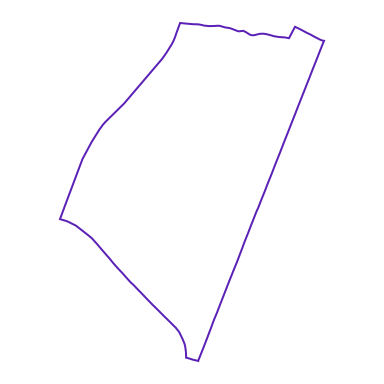 Dusit, Bangkok Metropolis, Thailand
{"feature_id": "78962969B42559616125747", "entity_name": "Dusit", "entity_type": "district", "adm_level": 2, "iso_a3": "THA", "parent_name": "Thailand", "parent_adm1": "Bangkok Metropolis", "projection": "orthographic", "projection_center": [100.521, 13.776], "detail": "fine", "context": "isolated", "style": "outline", "palette": "violet", "viewbox_px": 384, "rotation_deg": 0, "n_neighbors": 0, "source": "geoboundaries", "source_scale": "gbopen_adm2", "svg_char_len": 2130}
<svg xmlns="http://www.w3.org/2000/svg" viewBox="0 0 384 384"><path d="M60.0,219.1L63.2,220.1L66.4,221.0L69.1,222.2L72.2,223.8L75.7,225.5L79.2,228.2L83.2,231.3L87.8,234.9L91.9,238.3L93.1,239.6L97.1,244.1L101.7,249.5L105.8,254.3L109.7,258.7L113.3,263.2L115.7,265.9L118.4,268.9L122.3,273.0L126.7,278.0L130.3,282.0L131.3,283.0L132.7,284.2L133.0,284.5L134.4,285.9L138.2,289.9L139.7,291.4L140.5,292.2L142.6,294.4L145.9,297.9L148.6,300.7L149.3,301.4L152.9,305.1L155.4,307.5L155.9,308.0L160.6,312.7L164.5,316.6L169.0,321.0L173.4,325.4L175.1,327.1L176.0,328.0L176.4,328.5L179.2,332.1L179.5,332.7L182.7,339.3L184.6,344.0L185.3,347.2L185.5,348.6L186.0,352.9L186.1,357.7L186.8,357.8L187.3,357.9L193.6,359.9L197.8,360.8L198.2,361.0L198.4,360.3L203.1,348.5L207.2,338.0L209.4,332.1L210.5,329.3L213.9,320.0L217.2,312.1L220.3,304.0L224.8,292.5L229.2,281.2L233.2,271.2L237.2,261.4L242.3,248.0L244.2,242.8L246.5,237.0L247.7,234.0L249.9,228.3L251.1,225.1L252.3,222.2L253.3,219.6L254.4,216.8L255.6,213.8L256.4,211.7L258.2,207.8L258.4,207.3L260.8,201.1L263.5,194.4L265.3,189.9L267.1,185.1L269.4,179.4L271.0,175.5L273.2,169.8L275.9,162.8L278.8,155.6L281.2,149.5L283.7,143.0L287.0,134.7L289.0,129.6L291.5,123.2L294.6,115.4L297.1,108.9L299.9,101.8L302.7,94.7L305.1,88.7L307.1,83.5L309.8,76.8L312.3,70.3L314.6,64.5L317.0,58.5L319.3,52.6L321.7,46.5L323.1,43.1L323.5,42.1L323.6,41.7L324.0,40.8L322.3,40.5L321.7,40.3L319.6,39.4L313.2,36.1L310.8,34.7L306.6,32.7L300.8,29.6L297.6,28.0L296.9,27.7L295.0,26.8L289.0,38.2L284.8,37.4L279.7,37.1L274.4,36.3L269.8,35.0L266.2,34.1L263.6,33.7L260.5,33.8L259.8,33.8L258.5,34.1L254.6,35.1L253.0,35.3L251.7,35.2L251.0,35.0L249.8,34.6L245.9,32.1L244.0,31.2L243.6,31.0L243.3,30.9L242.6,30.9L239.2,31.3L238.6,31.3L237.4,31.0L234.6,29.9L230.4,28.3L228.4,27.9L225.0,27.4L220.7,26.1L218.7,25.7L213.9,26.0L209.2,26.1L204.2,25.6L200.4,24.7L197.9,24.3L197.4,24.3L192.8,24.2L185.2,23.5L180.1,23.0L176.1,33.9L175.2,36.7L173.5,40.9L171.9,44.0L166.4,52.8L162.1,58.9L124.1,103.5L105.2,122.1L104.2,123.3L102.8,124.9L99.5,129.4L96.5,134.2L91.7,141.9L82.5,159.0L65.1,205.3L60.0,219.1Z" fill="none" stroke="#5b21b6" stroke-width="2"/></svg>